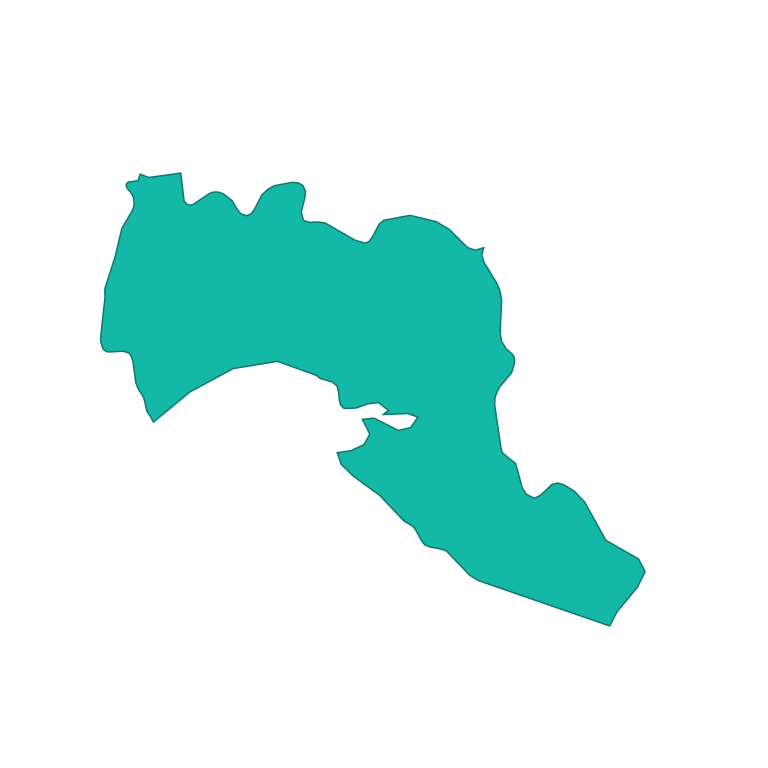 SVG path tracing the border of Taranto, rotated 16°
{"feature_id": "ITA-5408", "entity_name": "Taranto", "entity_type": "Province", "adm_level": 1, "iso_a3": "ITA", "parent_name": "Italy", "parent_adm1": "", "projection": "mercator", "projection_center": [17.129, 40.529], "detail": "fine", "context": "isolated", "style": "filled", "palette": "teal", "viewbox_px": 768, "rotation_deg": 16, "n_neighbors": 0, "source": "natural_earth", "source_scale": "10m", "svg_char_len": 1999}
<svg xmlns="http://www.w3.org/2000/svg" viewBox="0 0 768 768"><g transform="rotate(16 384 384)"><path d="M667.7,554.4L529.3,547.0L519.3,544.3L490.0,527.3L484.5,526.9L473.0,528.0L467.4,527.3L463.4,524.4L453.8,514.7L450.3,512.6L441.0,510.2L410.8,492.4L379.9,481.0L365.0,473.1L358.0,462.9L370.8,457.1L381.5,447.7L384.2,436.2L373.0,423.9L383.9,419.6L410.5,424.7L421.7,418.5L425.6,406.5L415.0,405.8L391.8,413.5L392.8,411.9L395.5,408.2L383.9,403.3L373.8,407.6L363.8,414.8L352.4,418.5L347.9,416.0L344.9,410.3L342.3,403.8L339.3,398.8L333.7,396.4L321.3,396.3L316.4,394.3L275.2,391.6L234.9,410.7L199.7,445.0L172.9,484.1L168.2,479.5L164.5,476.5L162.4,473.5L159.2,467.4L157.1,464.0L155.1,461.6L149.5,456.9L148.1,455.2L145.2,451.4L136.6,431.8L133.6,427.3L130.6,424.6L125.5,424.3L123.2,424.7L110.7,429.1L108.3,429.2L105.8,428.7L104.0,427.4L100.2,421.6L98.6,416.5L92.0,378.0L89.8,370.7L89.4,368.1L90.5,335.5L89.1,306.5L94.3,286.5L94.6,283.3L94.2,279.6L92.0,274.2L89.7,271.4L87.3,269.4L85.1,268.1L83.1,266.5L81.6,264.8L81.3,262.7L82.3,260.5L91.5,256.3L91.8,249.5L101.0,250.3L130.5,237.3L141.4,263.2L144.9,265.4L148.0,265.6L151.0,264.0L163.6,249.1L167.4,246.4L172.3,245.1L177.5,245.6L187.4,249.7L196.6,258.2L200.0,260.0L205.8,260.0L209.4,256.9L211.4,251.6L214.4,236.1L218.6,229.0L224.1,223.5L240.7,215.3L246.3,214.3L251.2,215.5L255.5,220.5L256.6,227.3L257.1,241.9L261.5,249.0L268.1,249.1L275.6,246.5L283.0,245.5L316.6,253.8L327.4,253.8L330.5,250.9L332.6,244.6L335.3,231.6L338.7,226.6L362.6,214.7L389.5,213.6L403.9,217.3L426.6,229.8L434.7,230.3L442.3,225.5L442.4,232.9L446.6,239.5L464.4,255.7L469.9,262.7L474.0,271.1L481.4,302.2L485.1,310.4L491.8,316.6L499.2,319.9L501.9,322.5L503.7,327.6L503.5,338.1L495.7,355.5L494.3,365.7L496.2,373.7L514.6,414.4L517.4,417.9L532.4,424.2L545.7,445.9L551.4,450.9L560.0,452.4L565.0,448.0L573.3,434.0L578.4,431.3L584.6,431.3L596.3,434.5L609.1,441.9L640.4,473.1L677.0,482.1L686.7,492.3L683.6,509.5L670.8,538.7L667.7,554.4Z" fill="#14b8a6" stroke="#0f766e" stroke-width="1.5"/></g></svg>